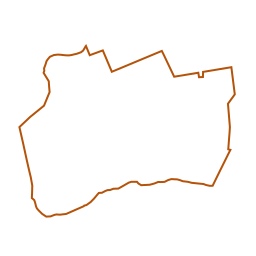 outline of Jebel Awlia, Khartoum, Sudan, rotated 267°
{"feature_id": "16777658B74371618965754", "entity_name": "Jebel Awlia", "entity_type": "district", "adm_level": 2, "iso_a3": "SDN", "parent_name": "Sudan", "parent_adm1": "Khartoum", "projection": "orthographic", "projection_center": [32.571, 15.354], "detail": "fine", "context": "isolated", "style": "outline", "palette": "amber", "viewbox_px": 256, "rotation_deg": 267, "n_neighbors": 0, "source": "geoboundaries", "source_scale": "gbopen_adm2", "svg_char_len": 1324}
<svg xmlns="http://www.w3.org/2000/svg" viewBox="0 0 256 256"><g transform="rotate(267 128 128)"><path d="M100.8,229.1L101.5,227.0L119.1,229.3L123.6,229.8L147.0,229.1L156.0,236.4L183.3,234.4L180.1,205.9L175.0,205.5L175.0,201.6L179.5,201.1L176.8,176.8L199.3,167.5L203.2,165.8L185.0,114.8L206.8,106.9L202.7,93.6L212.2,90.3L212.1,90.2L211.7,89.9L211.2,89.6L207.7,87.3L206.1,85.0L205.4,82.7L204.8,80.7L204.3,77.8L203.8,75.2L203.6,72.8L203.8,70.1L204.1,68.0L204.6,65.0L205.0,61.7L204.7,57.7L203.2,53.7L200.8,51.5L199.0,50.1L197.2,49.5L194.9,48.6L192.0,47.3L189.5,47.4L187.5,46.6L178.9,51.3L173.4,51.4L168.0,51.6L154.7,45.3L144.2,30.9L134.6,19.6L117.3,22.6L100.2,25.4L89.9,27.2L84.1,28.3L75.5,29.4L68.0,28.8L63.1,28.3L60.9,30.6L58.5,31.3L54.4,32.1L52.5,32.8L50.2,34.6L46.7,37.8L43.8,41.7L43.8,46.1L45.1,50.0L45.4,52.1L45.0,55.5L45.4,61.7L52.2,79.7L52.8,80.2L53.2,82.4L56.0,86.8L59.2,90.3L63.4,94.2L64.7,95.5L64.7,98.6L66.4,102.3L67.1,104.6L67.0,106.7L68.1,110.3L68.0,115.2L70.8,120.8L73.4,125.9L74.1,128.5L73.8,134.2L72.1,135.4L70.2,138.2L70.2,146.8L71.3,151.8L72.5,155.2L72.3,158.1L72.3,161.7L73.9,165.3L74.7,168.6L74.1,174.5L73.2,177.2L72.0,179.9L71.1,185.1L69.9,188.8L68.1,200.5L67.0,202.9L66.0,206.6L65.9,209.4L65.9,209.5L81.7,218.3L82.2,218.6L96.8,226.8L100.8,229.1Z" fill="none" stroke="#b45309" stroke-width="2"/></g></svg>